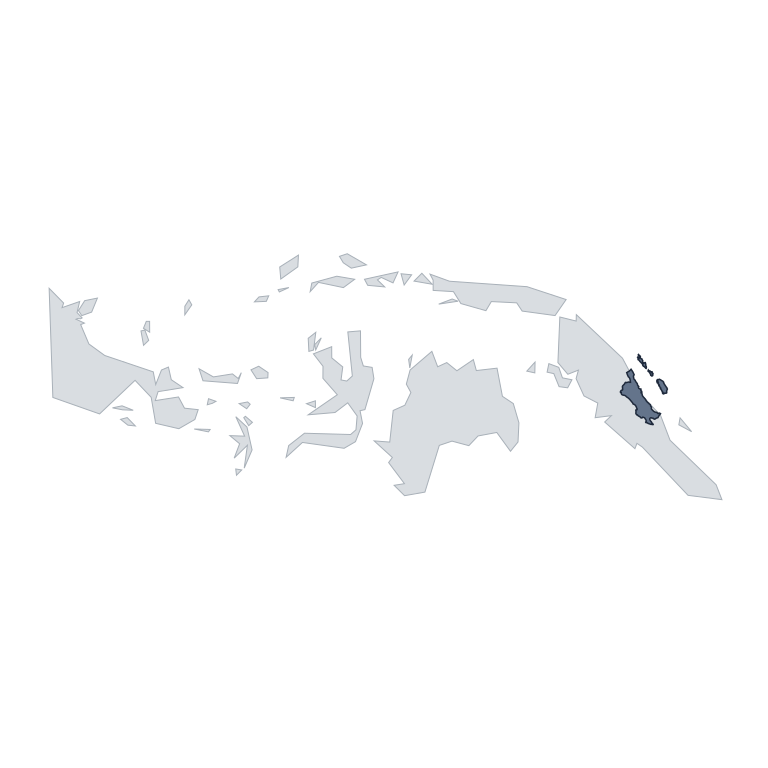 location of Sumatera Barat within Indonesia, rotated 177°
{"feature_id": "IDN-539", "entity_name": "Sumatera Barat", "entity_type": "Province", "adm_level": 1, "iso_a3": "IDN", "parent_name": "Indonesia", "parent_adm1": "", "projection": "natural_earth1", "projection_center": [100.097, -1.223], "detail": "fine", "context": "in_parent", "style": "filled", "palette": "slate", "viewbox_px": 768, "rotation_deg": 177, "n_neighbors": 0, "source": "natural_earth", "source_scale": "10m", "svg_char_len": 9458}
<svg xmlns="http://www.w3.org/2000/svg" viewBox="0 0 768 768"><g transform="rotate(177 384 384)"><path d="M261.2,310.2L273.9,329.7L292.8,327.2L302.5,318.0L319.1,323.4L332.0,319.8L348.8,273.9L369.3,271.4L379.2,282.3L368.8,283.4L383.5,305.3L379.5,310.2L396.8,327.7L381.3,325.7L376.2,357.1L364.3,361.7L357.6,374.1L361.7,382.7L357.2,396.6L334.5,414.1L329.5,398.4L320.2,402.1L310.5,393.4L293.5,403.7L291.1,392.6L270.3,393.9L266.4,365.5L255.9,357.7L251.3,338.2L253.2,319.1L261.2,310.2ZM52.6,250.8L86.2,256.9L129.3,307.5L134.5,311.5L136.8,306.3L165.6,334.5L158.6,340.5L174.9,339.3L171.5,353.8L184.9,361.6L191.9,379.3L189.1,387.7L199.9,384.1L209.2,396.3L204.9,441.7L188.8,436.8L188.3,443.2L144.5,397.3L126.1,358.0L109.5,338.3L101.3,312.9L57.6,266.0L52.6,250.8ZM715.4,387.9L713.4,497.1L699.7,481.6L701.5,477.1L683.6,482.3L686.8,471.4L682.0,465.8L683.7,465.0L686.5,465.4L688.2,464.8L680.0,460.5L683.8,459.2L676.6,439.4L661.4,427.1L613.8,408.2L612.0,395.4L605.5,409.6L598.4,412.2L596.2,399.4L584.9,390.9L610.0,388.2L613.3,379.4L589.9,381.8L584.5,370.3L570.9,368.1L574.7,358.5L591.2,350.1L614.1,356.7L617.2,382.9L632.4,400.7L669.6,369.0L715.4,387.9ZM482.4,327.5L466.0,339.0L420.0,335.3L414.4,339.7L412.5,353.5L421.2,367.1L434.4,358.1L461.3,357.2L431.2,375.7L444.7,392.9L444.0,404.9L452.9,417.8L434.3,424.0L434.8,412.8L424.3,403.2L426.7,390.3L421.0,388.9L415.2,393.6L417.4,437.9L404.7,438.3L405.9,411.8L403.7,403.1L395.0,401.2L393.8,389.8L404.4,359.4L409.3,358.6L407.5,345.7L415.5,327.9L427.2,321.9L468.5,329.9L485.6,315.9L482.4,327.5ZM209.6,443.4L242.2,449.6L247.2,458.1L272.5,460.7L278.4,451.9L303.0,460.3L309.8,472.6L330.0,474.9L329.5,485.2L332.3,491.3L313.2,483.2L236.1,473.7L197.7,458.8L209.6,443.4ZM523.6,330.0L537.5,317.8L531.3,331.9L540.6,340.5L525.9,339.2L533.7,359.1L523.1,348.2L519.2,325.1L528.0,307.3L523.6,330.0ZM530.3,392.2L564.6,396.7L567.9,408.9L554.0,400.0L534.8,402.0L529.3,397.1L525.9,402.8L530.3,392.2ZM450.8,488.6L425.5,494.1L407.8,490.1L419.5,482.4L444.1,488.9L452.9,480.1L450.8,488.6ZM378.2,480.9L395.1,483.4L398.0,489.6L364.1,495.2L369.7,484.5L381.2,490.6L385.1,488.3L378.2,480.9ZM481.6,494.2L482.0,506.3L462.7,517.2L463.9,505.5L481.6,494.2ZM209.3,372.2L213.9,385.5L220.5,387.3L218.3,395.7L208.6,391.5L205.5,380.8L196.1,378.4L200.8,370.6L209.3,372.2ZM678.5,482.9L665.7,484.8L672.2,471.1L682.2,468.1L685.3,473.3L678.5,482.9ZM410.6,501.4L418.3,507.2L421.8,513.8L413.9,516.0L395.3,503.9L410.6,501.4ZM510.9,396.0L516.1,405.1L508.2,408.3L499.2,401.5L499.7,396.2L510.9,396.0ZM330.7,481.1L348.6,485.2L340.4,492.6L330.7,481.1ZM358.7,481.8L361.2,493.2L350.7,491.6L358.7,481.8ZM240.7,389.4L232.0,398.0L232.8,387.2L240.7,389.4ZM622.1,435.2L623.9,449.7L620.0,450.4L616.7,439.9L622.1,435.2ZM325.2,460.9L311.5,465.3L305.7,462.8L325.2,460.9ZM457.3,420.5L457.3,433.6L449.4,439.2L452.6,421.6L457.3,420.5ZM79.3,320.3L91.7,327.8L90.1,334.7L79.3,320.3ZM109.5,374.0L104.7,371.2L102.5,360.4L106.2,360.2L109.5,374.0ZM574.4,478.3L571.8,473.1L579.3,463.5L578.8,472.1L574.4,478.3ZM561.8,345.4L575.9,349.0L560.0,347.7L561.8,345.4ZM475.6,372.0L488.5,375.6L474.3,375.3L475.6,372.0ZM451.2,426.9L444.2,433.4L450.4,421.6L451.2,426.9ZM634.5,355.1L641.9,356.3L648.9,362.5L642.2,363.9L634.5,355.1ZM509.1,472.8L504.3,477.5L494.5,478.1L497.2,472.7L509.1,472.8ZM621.3,452.2L618.1,459.0L614.8,458.8L615.3,448.0L621.3,452.2ZM529.7,372.0L521.1,373.2L518.7,370.8L522.4,366.5L529.7,372.0ZM635.8,370.9L646.4,371.9L656.4,374.4L646.7,375.9L635.8,370.9ZM453.7,364.0L462.4,368.4L453.4,370.8L453.7,364.0ZM536.5,306.9L530.6,305.6L536.1,300.6L536.5,306.9ZM473.9,485.3L483.7,481.4L484.8,483.8L473.9,485.3ZM561.6,372.5L560.0,378.5L552.7,375.5L556.4,373.7L561.6,372.5ZM358.1,407.3L354.3,411.4L357.4,398.7L358.1,407.3ZM521.3,349.5L525.8,357.7L524.1,359.0L517.4,352.6L521.3,349.5Z" fill="#d9dde1" stroke="#a8b0b8" stroke-width="1"/><path d="M136.5,385.8L135.0,383.3L133.8,380.4L133.7,380.1L134.4,379.1L134.5,378.3L134.2,376.2L134.1,375.9L133.9,375.5L132.9,374.5L132.8,373.9L132.1,372.6L131.4,371.7L131.2,371.3L131.0,370.9L130.9,370.2L130.8,369.5L129.9,368.4L130.1,368.2L130.1,367.9L129.9,367.8L130.1,367.5L129.9,366.5L129.8,366.3L129.5,366.2L128.9,365.8L128.6,365.7L128.3,365.4L128.2,365.5L127.8,365.6L127.7,365.5L127.6,365.4L127.8,365.0L127.9,364.9L127.9,364.4L127.9,364.2L127.2,363.5L127.0,363.0L127.2,362.8L127.2,362.7L127.0,362.2L127.3,362.1L127.7,362.2L127.7,361.9L127.7,361.7L127.3,361.6L127.2,361.5L126.8,360.6L126.7,359.4L126.4,358.6L126.0,357.9L124.0,355.4L123.6,354.8L123.0,353.5L122.2,352.4L121.7,351.8L120.7,351.0L120.5,350.8L120.4,350.5L120.1,350.2L119.4,349.7L119.1,349.4L119.0,349.1L118.9,348.0L118.4,347.5L118.2,347.0L118.1,346.8L118.1,346.5L118.3,345.4L118.2,345.0L118.0,344.7L117.2,343.8L116.3,342.8L116.0,342.5L114.9,341.8L114.3,341.6L113.1,341.4L112.9,341.3L112.7,341.0L112.3,340.4L112.1,340.2L111.8,340.1L111.5,340.2L110.9,340.5L110.7,340.6L110.4,340.5L110.2,340.4L109.9,340.1L109.6,340.1L109.4,339.9L111.1,337.9L112.1,336.2L112.3,336.0L112.9,335.9L113.6,335.7L113.9,335.6L115.0,334.9L115.4,334.7L115.6,334.7L115.9,334.8L116.2,335.1L116.7,335.2L116.8,335.2L117.1,335.8L118.3,335.9L118.4,336.0L118.6,336.2L119.0,336.3L119.4,336.3L120.0,336.0L120.3,335.7L120.5,335.1L120.5,334.8L120.1,333.8L119.9,333.5L119.7,333.0L119.0,332.3L118.9,332.1L118.8,331.4L118.7,331.1L118.1,330.8L118.0,330.7L117.8,330.3L117.5,329.9L117.3,329.6L117.4,329.4L117.6,329.3L118.1,329.6L118.4,329.8L118.9,329.8L119.2,329.6L119.6,329.7L120.2,330.0L120.8,330.2L121.3,330.4L122.3,330.8L122.5,330.9L123.0,331.4L123.2,331.5L123.4,331.6L123.8,331.6L124.0,331.6L124.5,331.8L124.7,332.1L124.7,332.3L124.5,332.5L124.1,332.9L124.0,333.1L124.0,333.3L124.4,334.6L124.5,334.9L124.9,335.4L125.5,336.6L127.0,337.3L127.5,337.3L127.8,336.8L128.1,336.7L128.6,336.6L129.1,336.7L129.4,337.0L130.0,337.8L131.0,338.4L131.6,338.8L132.0,339.1L132.6,339.9L132.9,339.8L133.0,339.8L133.8,340.8L134.0,341.3L134.0,341.7L133.8,343.2L133.8,343.6L133.9,344.7L133.8,344.9L133.7,345.0L132.7,345.1L132.5,345.6L132.5,345.9L133.0,346.8L133.2,347.9L134.1,349.6L135.3,350.6L135.8,350.8L136.2,350.9L136.7,352.1L139.6,356.0L141.0,357.4L142.4,358.4L143.3,359.4L143.8,359.8L144.6,360.1L145.9,360.4L146.6,360.7L146.9,360.9L147.2,361.2L147.5,362.0L147.6,362.4L147.5,363.2L147.7,363.3L148.0,363.5L148.3,363.4L148.4,363.7L148.2,364.1L148.0,364.5L147.7,364.9L147.4,365.2L147.0,365.4L146.2,365.5L146.0,365.8L145.9,366.6L146.1,367.6L145.9,368.3L146.0,368.4L146.1,368.7L146.1,368.8L145.9,369.3L145.8,369.6L145.4,370.0L144.2,371.1L143.7,371.7L143.1,372.7L142.7,373.0L142.2,372.9L142.0,372.7L139.4,373.2L139.1,373.1L138.6,372.8L138.4,372.9L137.8,372.8L137.9,374.5L138.0,375.4L138.2,376.4L138.6,377.3L138.9,377.7L139.1,378.0L139.6,378.4L139.9,379.1L140.5,380.7L141.0,382.7L140.6,382.8L139.9,383.3L139.6,383.5L138.6,383.9L137.3,385.0L136.5,385.8ZM111.2,371.6L111.3,371.9L111.4,372.4L111.4,373.0L111.2,373.3L111.0,372.2L110.9,371.9L110.5,371.2L110.3,371.4L110.1,371.5L110.7,372.9L110.9,373.6L110.9,373.9L110.7,374.0L110.2,373.9L109.8,373.9L109.6,374.0L108.9,374.4L108.6,374.3L107.0,373.3L106.6,372.9L105.5,372.3L104.9,371.4L104.6,371.1L104.7,370.5L104.4,369.8L102.1,365.9L101.8,365.7L101.8,365.4L101.6,364.8L101.3,364.3L101.3,363.9L101.7,363.2L102.0,362.5L102.1,362.1L102.1,360.6L102.2,360.3L102.4,360.2L102.6,360.1L103.2,360.0L103.8,360.2L104.1,360.2L104.3,360.1L104.7,359.7L104.9,359.6L105.5,359.5L105.6,359.9L106.0,359.9L106.3,360.3L106.4,360.7L106.3,361.0L106.1,360.8L105.8,360.8L106.2,361.4L106.3,362.0L106.9,362.5L107.2,363.4L107.6,364.0L107.7,364.4L107.9,364.5L108.2,365.0L108.0,365.3L107.9,365.5L108.0,365.6L108.3,365.7L108.4,365.9L108.6,366.5L108.9,367.1L109.3,367.5L109.6,367.9L109.6,368.6L109.1,368.1L109.1,368.5L109.3,368.8L109.8,369.4L110.1,369.6L110.2,370.5L110.4,370.7L110.8,370.7L111.0,370.8L111.1,371.0L111.2,371.3L111.2,371.6ZM127.4,397.6L127.8,398.5L128.4,399.3L128.6,399.8L128.3,400.1L128.2,399.9L127.7,399.4L127.2,399.0L127.1,398.5L126.9,398.5L126.5,398.2L126.5,397.8L126.6,398.0L126.8,398.0L126.7,397.6L126.6,397.2L126.7,396.6L125.9,395.8L125.3,395.6L125.4,395.4L124.8,394.6L124.6,394.2L124.4,393.9L124.4,393.7L124.5,393.3L124.6,393.1L124.5,392.7L124.3,391.6L124.3,391.2L125.0,390.7L125.3,390.9L125.7,391.5L126.0,391.7L126.8,392.7L127.2,393.0L127.7,393.9L128.4,394.7L128.5,395.3L128.4,395.6L128.5,395.9L128.5,396.4L128.4,396.7L128.1,396.6L127.8,396.8L127.6,396.6L127.3,396.9L127.2,397.0L127.5,397.1L127.4,397.6ZM124.6,389.1L124.8,390.1L124.8,390.3L124.6,390.5L124.2,390.5L123.9,390.9L123.8,391.3L123.7,391.5L123.3,391.6L123.0,391.5L122.4,391.2L122.2,391.7L122.1,391.8L121.9,391.7L121.8,390.8L121.7,390.5L121.5,390.2L121.7,389.2L121.7,388.8L121.6,388.4L121.5,388.2L121.2,388.0L121.3,387.8L121.3,387.7L121.2,387.4L121.1,387.0L121.2,386.3L121.3,386.0L121.4,385.8L121.7,385.9L122.0,386.4L122.1,386.5L122.9,387.4L123.2,387.8L123.4,387.9L123.9,388.1L124.1,388.2L124.2,388.7L124.6,389.1ZM119.1,382.6L119.5,383.3L119.6,383.7L119.6,384.0L119.6,383.9L119.5,384.0L119.4,384.1L119.3,383.6L119.1,383.5L118.6,383.5L118.2,383.1L117.5,383.0L116.9,382.3L116.6,382.2L115.9,382.2L116.1,381.6L115.9,381.5L115.7,381.2L115.5,381.5L115.4,381.3L115.2,380.8L114.9,380.3L114.8,380.1L115.0,379.9L115.2,380.0L115.4,379.9L115.1,379.4L115.1,378.7L115.4,378.2L115.8,378.0L116.3,378.0L116.5,378.2L116.8,378.6L117.1,378.7L117.2,378.8L117.4,379.9L117.6,380.4L118.4,381.7L118.4,382.0L118.6,382.1L119.1,382.6ZM129.0,396.5L129.0,396.8L129.1,397.1L129.4,397.4L129.3,397.6L129.0,397.5L128.8,397.2L128.8,396.8L129.0,396.5Z" fill="#64748b" stroke="#1e293b" stroke-width="1.5"/></g></svg>